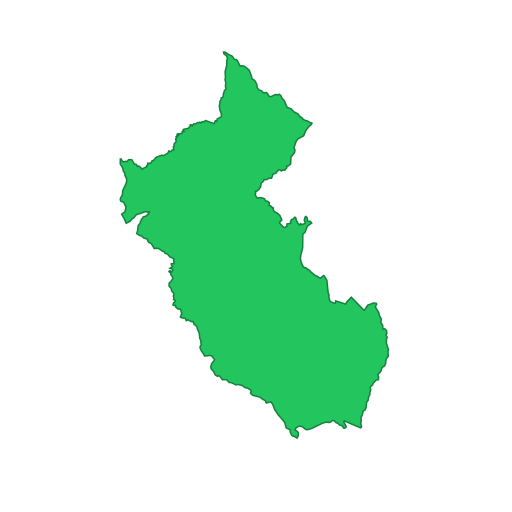 the district of La Vega, Cundinamarca, Colombia, rotated 336°
{"feature_id": "7082276B26976888039358", "entity_name": "La Vega", "entity_type": "district", "adm_level": 2, "iso_a3": "COL", "parent_name": "Colombia", "parent_adm1": "Cundinamarca", "projection": "natural_earth1", "projection_center": [-74.344, 4.982], "detail": "fine", "context": "isolated", "style": "filled", "palette": "green", "viewbox_px": 512, "rotation_deg": 336, "n_neighbors": 0, "source": "geoboundaries", "source_scale": "gbopen_adm2", "svg_char_len": 6137}
<svg xmlns="http://www.w3.org/2000/svg" viewBox="0 0 512 512"><g transform="rotate(336 256 256)"><path d="M315.5,63.7L312.9,60.8L310.9,57.4L309.3,56.5L308.9,58.1L310.4,61.1L310.4,63.7L308.7,65.7L306.8,69.9L302.8,75.0L300.5,80.9L299.4,82.2L298.9,85.3L297.1,88.5L296.6,91.0L294.3,92.2L292.2,94.6L290.7,97.2L289.8,97.6L288.5,97.5L288.0,98.5L285.7,100.3L285.3,101.6L283.6,103.8L282.3,108.1L282.3,111.9L281.0,114.7L276.3,115.0L274.9,117.0L273.9,115.9L271.5,118.0L265.0,111.7L262.8,112.2L262.0,111.6L260.7,111.5L259.9,112.1L259.1,110.9L258.4,111.1L257.1,110.4L253.9,110.7L252.9,109.9L252.1,110.5L251.2,110.4L250.6,111.1L250.1,109.7L249.4,109.4L248.7,110.5L246.1,111.8L241.0,110.8L240.5,111.5L241.0,113.0L239.1,112.4L238.0,113.9L236.3,113.3L235.6,113.5L234.6,112.6L233.7,112.6L233.1,113.2L234.1,114.0L234.2,114.5L231.7,114.4L232.0,115.5L230.3,116.1L229.7,119.0L227.0,120.1L226.3,121.0L226.1,122.3L224.8,122.7L224.2,125.4L222.3,125.1L220.4,126.0L219.0,124.5L217.5,126.1L212.6,126.7L211.0,125.6L204.9,125.2L201.2,127.0L199.9,126.7L197.7,128.4L194.8,127.2L194.3,128.5L193.0,128.9L192.3,130.1L188.8,130.0L187.5,130.6L185.8,126.5L185.3,126.0L184.1,125.8L183.9,123.7L182.4,122.6L181.6,117.4L178.8,116.2L176.4,117.3L175.4,116.5L173.3,116.2L172.5,115.2L172.3,112.5L171.5,112.2L169.4,116.6L170.0,121.3L169.3,125.0L169.9,126.5L169.1,128.9L169.1,133.1L168.8,134.1L167.2,136.5L160.7,142.2L158.7,145.9L155.9,147.9L154.9,149.3L154.7,150.5L155.2,151.5L157.0,153.0L157.1,158.5L154.3,162.3L150.3,163.1L150.8,169.2L150.7,173.3L155.1,173.1L157.8,171.7L160.1,171.4L162.8,169.9L164.6,169.5L167.6,170.2L173.0,170.4L175.1,172.0L176.5,172.3L175.5,173.4L171.7,174.8L168.8,174.4L167.6,175.4L166.0,176.0L165.5,177.1L164.4,177.5L163.7,178.9L160.8,180.2L158.0,184.9L156.1,187.0L158.2,190.2L159.5,190.9L160.9,194.1L163.7,196.5L163.2,197.9L163.5,199.8L165.4,202.0L166.1,207.9L166.9,207.8L168.1,208.7L169.3,208.9L170.6,210.2L172.5,213.7L173.8,214.6L174.0,216.6L175.9,218.2L177.1,222.3L178.9,223.7L179.8,225.3L179.0,226.3L178.1,229.6L175.5,228.6L175.1,229.5L175.5,231.7L172.4,232.2L174.3,234.0L174.2,235.2L172.5,236.2L171.4,234.3L170.2,234.7L170.3,235.4L171.2,236.3L170.6,238.6L171.2,240.8L171.0,242.0L170.2,243.5L169.0,243.8L167.7,245.0L166.0,245.1L164.5,247.4L164.4,248.5L165.3,251.0L164.7,253.7L165.6,255.9L165.2,257.8L164.1,259.1L164.1,261.0L162.9,262.2L163.9,263.4L163.9,264.2L163.6,264.8L161.9,265.1L160.2,266.8L160.4,267.4L162.1,268.3L161.9,270.0L163.1,272.8L165.1,273.6L165.4,274.4L164.6,278.6L162.2,280.8L162.1,281.3L164.1,283.1L165.9,284.0L166.0,286.8L167.6,286.5L170.3,289.7L171.9,290.4L171.6,293.4L172.5,294.5L173.3,296.6L172.8,298.2L172.8,303.2L171.1,308.6L171.3,310.9L170.3,312.7L170.3,314.4L168.3,315.8L167.5,317.0L167.5,320.9L168.3,324.0L168.2,326.4L174.1,328.4L175.0,329.7L176.0,333.7L175.2,334.6L171.8,336.2L169.6,338.8L169.1,340.9L170.3,344.2L170.4,348.1L172.0,350.4L173.1,350.2L173.9,350.7L175.0,355.4L178.2,356.7L179.3,358.0L180.0,360.6L182.2,361.9L185.2,365.5L187.3,366.1L190.5,368.4L192.6,371.9L194.5,373.2L196.8,376.5L196.7,377.3L195.2,379.0L196.2,381.8L202.1,386.5L204.0,389.9L205.8,391.9L205.4,393.7L205.7,394.6L209.1,395.0L210.3,395.6L210.9,398.1L210.6,404.1L211.7,410.2L214.3,418.7L214.4,420.5L213.7,425.3L216.4,428.7L215.6,431.1L215.7,434.0L216.1,435.0L216.6,435.8L217.5,436.1L219.4,439.1L221.5,437.4L222.7,434.7L222.5,433.2L221.0,430.8L222.5,429.3L226.3,428.9L228.9,430.8L230.8,434.6L232.2,435.6L236.9,436.2L248.4,435.8L252.6,436.3L254.5,437.6L256.1,438.1L259.4,437.4L260.7,438.6L261.4,441.0L262.8,442.1L263.5,444.2L265.4,445.9L266.2,449.0L267.0,449.4L268.4,449.2L269.1,448.4L268.7,444.0L269.1,442.7L269.5,442.5L281.6,455.5L282.4,455.4L283.0,454.7L283.8,451.0L285.0,449.7L286.3,446.2L288.2,444.7L291.0,441.1L293.2,441.0L295.1,438.9L297.6,434.6L299.8,433.4L301.3,430.8L303.8,428.8L304.4,427.2L306.3,425.0L307.1,422.1L310.3,421.1L311.5,419.9L315.3,418.2L317.5,418.8L318.9,416.5L318.7,415.3L319.3,413.8L323.2,412.1L325.9,409.1L328.9,408.7L331.1,406.3L332.8,403.1L336.1,401.4L337.6,396.9L338.9,395.8L339.6,388.9L341.3,385.1L342.8,383.6L342.5,381.1L344.0,379.9L344.9,377.4L344.3,375.3L343.7,374.8L342.6,374.8L342.3,374.0L343.6,370.8L343.0,367.6L344.9,364.4L344.5,360.4L345.2,357.4L344.3,351.5L345.4,349.9L346.7,349.1L346.7,348.2L344.2,346.7L338.0,346.4L333.0,349.6L332.4,349.1L326.3,332.4L320.6,334.7L318.3,336.4L310.5,329.4L309.4,331.3L308.2,330.9L306.4,329.0L305.5,327.9L305.2,326.3L306.1,322.7L306.9,321.3L307.0,318.8L310.9,307.0L310.2,301.9L309.6,301.3L306.4,302.5L304.9,301.6L303.7,299.3L302.4,298.2L299.5,292.6L299.2,291.1L296.5,286.9L295.1,285.8L294.7,284.5L294.8,279.4L295.5,276.5L296.9,274.0L301.9,267.6L307.5,255.5L308.0,255.0L310.3,254.4L315.1,249.6L320.3,248.6L319.5,246.2L318.1,245.7L317.4,244.9L318.3,241.7L317.6,240.1L316.7,240.4L314.6,242.9L314.6,245.5L313.9,246.2L310.8,246.0L309.9,244.6L308.6,245.6L307.5,243.1L307.7,241.9L307.3,240.0L307.9,237.5L307.3,236.3L304.7,237.4L303.2,237.2L301.5,238.5L301.4,239.6L300.7,240.2L297.4,239.3L296.1,241.5L293.8,241.6L292.9,241.0L290.9,235.6L291.4,234.7L294.2,233.7L294.3,228.7L292.8,225.3L290.9,223.1L290.6,221.1L291.3,218.8L290.3,217.9L289.9,216.4L288.5,214.9L289.9,212.8L288.8,210.7L287.0,209.4L287.1,207.2L286.7,206.7L284.0,204.5L280.7,203.6L280.1,199.7L281.2,198.6L281.9,196.7L283.1,197.1L286.2,196.3L286.8,195.4L288.0,195.2L290.4,191.5L293.5,190.6L294.3,189.4L296.5,190.5L300.1,190.3L301.8,191.3L304.8,188.2L308.3,188.4L309.4,187.4L312.2,186.6L312.9,187.0L313.7,188.6L315.5,188.4L317.2,189.3L320.1,187.9L320.6,186.4L322.5,186.8L325.0,186.1L328.2,179.8L333.1,177.4L334.7,175.1L334.7,172.5L339.4,167.5L341.8,166.1L348.4,165.6L353.0,161.3L357.7,159.0L359.5,158.6L361.7,157.1L361.0,157.2L360.0,156.4L357.7,153.3L356.2,152.3L354.6,150.2L354.4,148.9L352.7,146.0L352.1,143.1L349.2,139.6L347.9,135.8L345.1,133.1L344.8,130.5L345.1,125.6L343.9,122.3L344.0,120.1L343.2,117.8L341.2,117.5L339.5,116.4L334.2,116.5L332.7,115.0L332.6,112.3L332.1,111.0L328.9,109.7L328.3,107.4L326.2,105.4L325.6,102.4L326.5,99.8L326.4,96.2L326.0,94.7L324.4,92.4L325.0,89.8L325.4,83.5L322.6,77.9L320.2,76.3L318.7,76.1L318.5,70.0L317.8,68.5L316.4,67.9L315.5,63.7Z" fill="#22c55e" stroke="#15803d" stroke-width="1.5"/></g></svg>